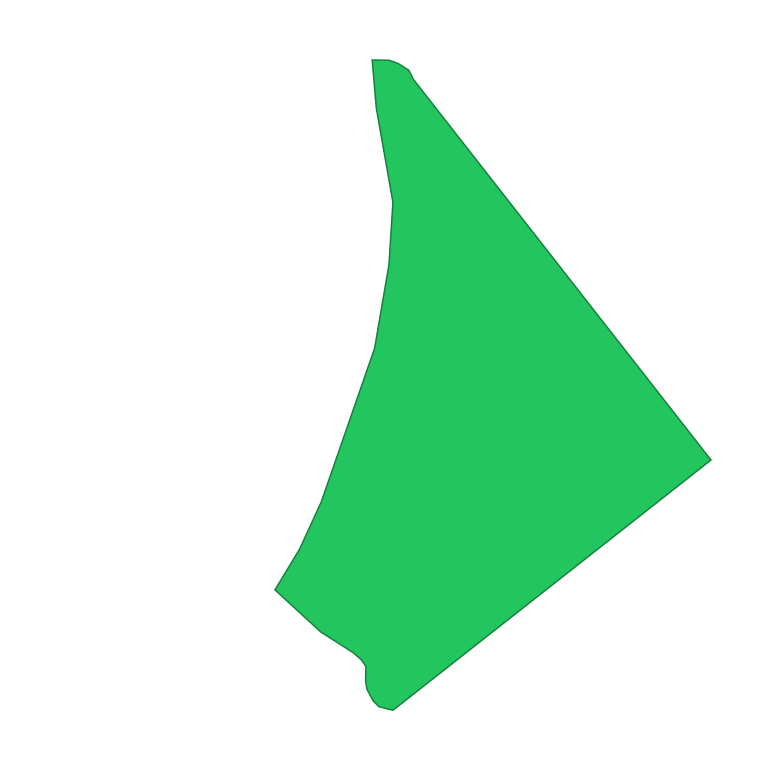 outline of Maekel, rotated 232°
{"feature_id": "ERI-1561", "entity_name": "Maekel", "entity_type": "Region", "adm_level": 1, "iso_a3": "ERI", "parent_name": "Eritrea", "parent_adm1": "", "projection": "albers", "projection_center": [39.01, 15.365], "detail": "fine", "context": "isolated", "style": "filled", "palette": "green", "viewbox_px": 768, "rotation_deg": 232, "n_neighbors": 0, "source": "natural_earth", "source_scale": "10m", "svg_char_len": 447}
<svg xmlns="http://www.w3.org/2000/svg" viewBox="0 0 768 768"><g transform="rotate(232 384 384)"><path d="M122.8,594.9L121.4,190.2L132.8,181.3L140.8,180.4L153.9,182.6L161.4,186.7L172.6,195.8L180.2,196.4L191.2,194.3L227.5,181.5L288.9,171.3L305.8,215.7L329.5,261.6L418.0,398.7L475.0,461.4L521.7,502.9L606.0,547.7L646.6,574.2L636.1,587.2L628.3,592.3L616.0,596.7L605.9,594.7L122.8,594.9Z" fill="#22c55e" stroke="#15803d" stroke-width="1.5"/></g></svg>